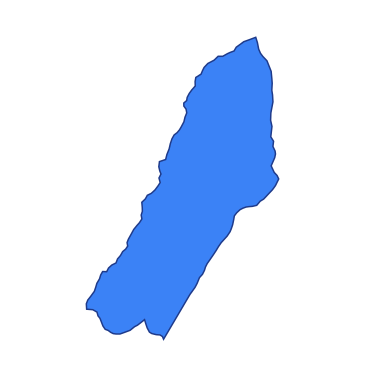 Ouroeste, São Paulo, Brazil (Equal Earth projection), rotated 37°
{"feature_id": "56859067B2598348213276", "entity_name": "Ouroeste", "entity_type": "district", "adm_level": 2, "iso_a3": "BRA", "parent_name": "Brazil", "parent_adm1": "São Paulo", "projection": "equal_earth", "projection_center": [-50.408, -19.922], "detail": "fine", "context": "isolated", "style": "filled", "palette": "blue", "viewbox_px": 384, "rotation_deg": 37, "n_neighbors": 0, "source": "geoboundaries", "source_scale": "gbopen_adm2", "svg_char_len": 2059}
<svg xmlns="http://www.w3.org/2000/svg" viewBox="0 0 384 384"><g transform="rotate(37 192 192)"><path d="M149.8,30.1L146.0,36.1L142.9,40.8L141.5,45.5L140.2,49.7L140.7,54.1L138.5,57.5L137.0,60.3L134.9,65.1L131.2,67.9L130.3,73.5L127.3,79.8L126.7,85.2L127.3,88.5L128.3,92.4L126.1,98.2L128.0,101.9L130.8,105.4L130.4,110.6L130.5,115.0L131.2,119.3L132.7,122.2L131.9,125.9L133.8,128.3L137.4,129.4L140.2,132.0L141.4,136.5L143.3,140.8L144.2,146.4L144.6,150.0L144.4,153.6L143.4,157.2L144.0,161.6L145.6,166.4L147.8,171.3L149.4,177.2L151.4,181.9L147.7,187.3L150.3,191.8L153.5,194.5L156.4,196.3L157.2,200.7L160.9,203.6L161.2,207.7L161.2,212.7L160.3,217.6L158.3,221.5L158.9,225.6L158.1,230.4L161.5,234.2L164.0,237.3L165.3,241.0L168.2,243.7L168.5,248.3L168.2,251.8L168.0,257.0L168.8,262.2L169.6,268.0L170.6,271.5L173.2,273.9L173.4,277.5L172.5,281.3L173.1,285.8L172.8,290.2L174.0,294.4L171.9,298.6L171.1,302.9L171.8,307.0L168.5,309.3L169.0,313.2L170.4,317.0L171.0,322.2L172.4,325.9L173.8,330.1L173.9,336.5L173.8,341.0L174.9,344.9L178.4,349.0L183.6,345.7L188.4,345.1L191.5,347.5L194.6,348.3L201.5,352.6L205.3,353.9L208.4,353.0L211.5,353.0L214.3,352.5L216.8,351.1L219.9,348.8L222.6,344.7L225.8,339.7L227.2,334.1L228.6,331.2L229.5,328.0L230.9,322.5L234.2,324.9L238.0,327.5L242.3,329.5L244.9,329.3L249.2,327.5L252.5,325.4L255.4,325.2L257.9,326.7L252.0,275.0L251.9,270.0L251.8,266.3L251.1,262.0L249.5,255.9L249.9,251.4L249.1,247.1L247.9,243.8L247.2,239.9L247.1,236.2L246.8,229.3L246.5,224.3L246.0,219.7L245.8,214.8L246.6,206.1L246.3,200.8L245.5,197.7L244.2,193.8L242.0,189.1L240.2,185.6L240.2,181.7L241.0,177.2L242.4,174.3L244.2,171.5L246.3,169.4L248.8,167.2L251.7,163.7L252.0,158.3L253.5,154.5L254.1,148.8L254.9,141.7L254.8,136.7L253.4,129.4L250.0,127.6L245.9,126.9L239.5,123.5L237.4,114.8L235.8,111.4L233.7,109.3L229.2,106.9L226.6,102.4L221.7,100.5L216.4,91.5L211.6,87.4L207.4,81.4L202.4,71.3L197.9,66.0L194.5,62.7L190.6,56.9L187.8,53.7L182.6,48.0L172.9,42.1L166.9,41.1L163.2,40.0L159.3,37.8L154.3,33.3L149.8,30.1Z" fill="#3b82f6" stroke="#1e3a8a" stroke-width="1.5"/></g></svg>